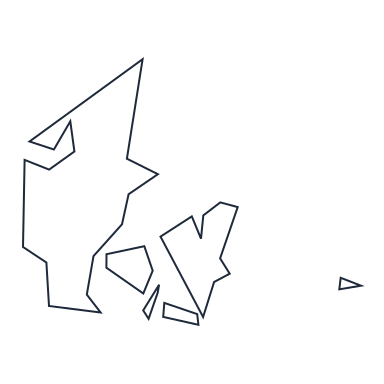 Denmark, Mercator projection
{"feature_id": "DNK", "entity_name": "Denmark", "entity_type": "country or territory", "adm_level": 0, "iso_a3": "DNK", "parent_name": "Europe", "parent_adm1": "", "projection": "mercator", "projection_center": [10.731, 56.183], "detail": "coarse", "context": "isolated", "style": "outline", "palette": "slate", "viewbox_px": 384, "rotation_deg": 0, "n_neighbors": 0, "source": "natural_earth", "source_scale": "50m", "svg_char_len": 708}
<svg xmlns="http://www.w3.org/2000/svg" viewBox="0 0 384 384"><path d="M100.6,312.5L49.0,306.0L46.4,262.5L23.0,247.0L24.6,159.9L49.1,169.6L74.4,151.5L70.3,121.3L53.9,149.5L29.5,141.5L142.6,59.2L126.9,158.7L157.9,174.2L128.6,194.2L122.0,224.3L93.5,256.1L86.8,294.6L100.6,312.5ZM237.7,207.1L220.1,258.4L229.7,273.7L214.1,282.0L203.1,317.0L160.5,236.6L191.8,216.4L201.0,238.7L203.3,215.4L220.3,202.4L237.7,207.1ZM144.3,246.2L152.7,270.7L143.3,293.5L106.4,267.7L106.5,254.2L144.3,246.2ZM164.3,302.9L197.2,314.1L198.4,324.8L163.2,316.9L164.3,302.9ZM361.0,285.7L339.3,289.3L340.7,277.8L361.0,285.7ZM148.6,318.8L143.2,310.4L159.1,284.7L157.7,292.7L148.6,318.8Z" fill="none" stroke="#1e293b" stroke-width="2"/></svg>